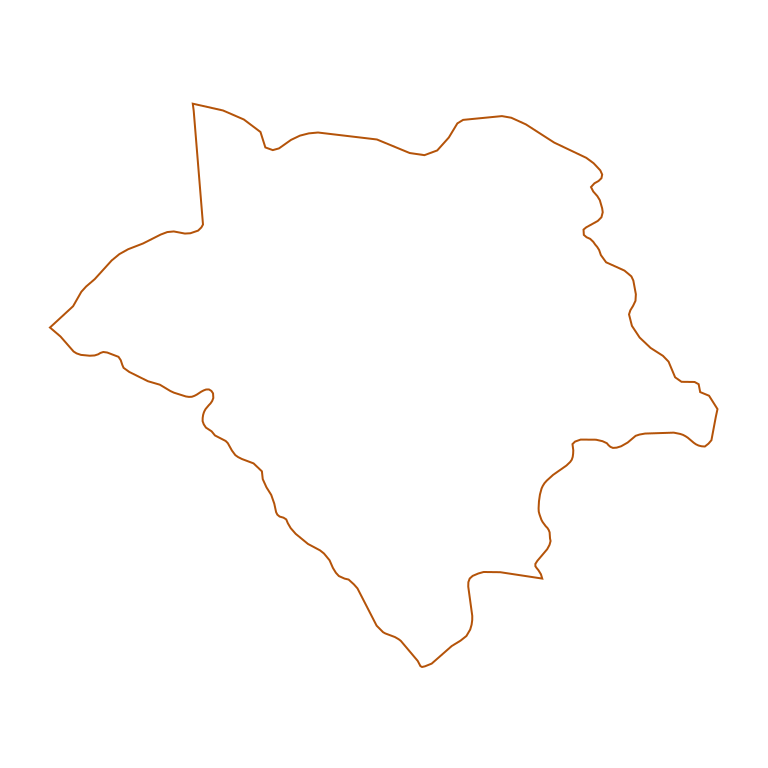 outline of Kasungu, rotated 89°
{"feature_id": "MWI-1899", "entity_name": "Kasungu", "entity_type": "District", "adm_level": 1, "iso_a3": "MWI", "parent_name": "Malawi", "parent_adm1": "", "projection": "orthographic", "projection_center": [33.477, -13.001], "detail": "fine", "context": "isolated", "style": "outline", "palette": "amber", "viewbox_px": 768, "rotation_deg": 89, "n_neighbors": 0, "source": "natural_earth", "source_scale": "10m", "svg_char_len": 3120}
<svg xmlns="http://www.w3.org/2000/svg" viewBox="0 0 768 768"><g transform="rotate(89 384 384)"><path d="M318.7,137.8L330.2,135.1L342.0,127.6L352.6,116.8L360.7,104.6L366.6,99.1L382.4,92.8L387.0,86.5L387.4,73.4L389.7,69.4L397.6,68.0L401.4,59.2L414.9,51.0L422.6,52.8L445.9,57.6L449.3,60.6L452.1,64.3L451.8,67.6L451.0,70.6L449.7,73.2L448.1,75.4L443.0,81.2L441.5,83.4L440.1,85.9L439.1,88.7L437.7,95.1L438.1,123.8L439.0,129.4L440.2,133.3L446.8,141.4L450.4,148.0L451.7,152.5L451.9,156.2L450.8,158.7L449.1,160.6L447.1,162.2L445.0,166.5L443.4,173.0L443.0,188.3L444.9,194.0L447.4,196.6L453.6,195.9L456.9,196.1L460.2,196.6L463.0,197.6L465.2,199.2L468.7,203.0L477.8,216.5L483.4,222.9L486.0,225.3L488.8,227.1L491.3,228.3L497.2,230.0L504.0,231.1L511.0,231.6L514.3,231.5L517.1,230.8L522.5,229.0L524.8,227.8L529.0,224.8L530.8,223.1L532.8,221.9L535.2,221.0L541.3,220.7L543.9,220.2L547.7,221.3L552.0,223.7L563.4,233.7L566.5,235.8L568.9,235.8L570.8,234.5L572.8,232.9L577.0,230.4L581.3,229.2L574.2,271.1L573.7,287.7L575.1,293.0L577.4,298.7L580.0,301.7L583.6,303.1L588.0,303.3L617.4,299.8L621.5,299.9L626.1,300.6L631.0,302.1L637.4,306.0L641.9,311.9L647.2,320.9L664.4,341.2L667.0,348.0L667.6,350.9L666.7,352.5L661.5,355.1L641.1,371.7L639.5,373.7L637.2,377.5L633.4,387.1L632.1,389.3L625.5,395.6L587.9,414.1L583.8,417.6L578.9,422.8L577.9,426.8L575.2,432.5L571.9,435.4L567.0,438.3L559.3,441.5L552.4,447.0L549.2,450.9L542.6,462.8L532.3,474.9L526.5,479.8L521.5,482.6L517.7,484.1L515.9,486.8L514.7,490.7L512.8,492.9L510.3,494.1L501.7,495.8L492.9,498.7L485.3,503.3L477.0,506.9L469.2,507.6L461.1,515.8L456.5,527.4L454.5,531.2L452.5,533.9L447.9,537.2L440.4,541.2L438.2,543.3L432.5,553.9L428.3,557.2L424.5,562.8L421.2,564.9L418.0,566.0L414.8,565.9L411.8,565.4L409.3,564.6L407.6,563.8L405.9,562.8L402.2,559.6L400.4,557.8L398.0,556.1L395.0,554.9L390.4,555.1L387.9,556.7L386.4,559.1L386.4,562.0L387.3,564.5L388.5,566.9L391.3,571.3L392.5,573.7L393.4,576.3L393.5,579.2L393.0,582.3L389.0,594.2L387.3,597.7L380.8,608.1L377.1,620.0L367.5,638.5L363.3,644.1L360.4,645.3L355.6,646.8L352.2,649.0L347.7,660.2L347.1,664.1L348.0,667.0L349.3,669.2L350.4,672.8L350.6,677.7L349.6,686.5L348.0,690.9L346.1,693.8L330.9,706.6L321.7,717.0L300.8,693.5L286.5,685.0L281.3,680.1L274.1,671.4L255.7,654.1L249.5,646.3L244.8,637.5L239.3,622.5L230.7,604.7L228.3,598.0L227.8,591.5L230.1,580.5L229.9,575.0L227.4,567.2L224.3,563.9L221.4,562.2L107.5,569.5L100.4,570.3L107.7,540.2L117.1,519.5L129.9,503.1L145.4,498.5L148.2,491.1L146.6,484.9L138.3,472.7L134.2,463.7L132.1,454.8L131.4,445.6L139.4,386.8L153.5,354.3L155.9,339.6L151.4,326.7L138.7,314.9L124.7,306.1L121.3,300.3L118.2,261.4L120.0,252.1L126.9,237.6L145.6,209.6L161.4,177.8L166.9,170.6L174.2,164.0L178.4,162.2L182.0,163.0L184.8,166.0L187.0,170.1L190.7,173.6L195.2,171.4L199.9,167.4L204.0,165.0L212.2,162.8L216.1,162.3L221.1,163.7L224.7,167.4L230.9,179.1L233.1,181.8L238.4,181.6L240.8,178.9L242.5,175.3L245.6,172.2L248.3,170.4L250.6,168.5L253.7,166.6L258.9,164.9L266.2,159.8L274.8,141.6L280.7,134.8L284.9,132.9L298.7,130.6L305.2,131.1L310.2,133.6L314.6,136.4L318.7,137.8Z" fill="none" stroke="#b45309" stroke-width="2"/></g></svg>